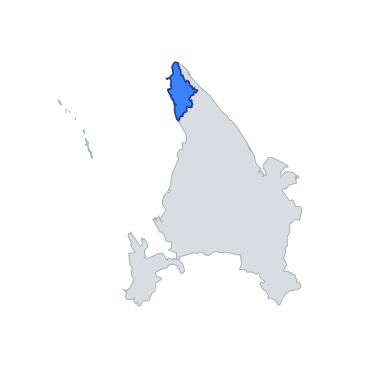 India, with Tamil Nadu highlighted, rotated 156°
{"feature_id": "IND-3263", "entity_name": "Tamil Nadu", "entity_type": "State", "adm_level": 1, "iso_a3": "IND", "parent_name": "India", "parent_adm1": "", "projection": "equal_earth", "projection_center": [78.435, 10.806], "detail": "fine", "context": "in_parent", "style": "filled", "palette": "blue", "viewbox_px": 384, "rotation_deg": 156, "n_neighbors": 0, "source": "natural_earth", "source_scale": "10m", "svg_char_len": 8963}
<svg xmlns="http://www.w3.org/2000/svg" viewBox="0 0 384 384"><g transform="rotate(156 192 192)"><path d="M88.4,161.9L92.4,160.9L92.9,157.5L100.2,158.9L105.2,156.6L106.8,158.2L109.2,156.7L106.6,144.6L103.9,144.2L102.7,142.2L103.2,136.6L98.7,134.3L99.0,130.7L105.4,122.2L108.1,125.2L115.7,122.8L119.2,115.3L123.2,112.7L126.7,104.3L129.7,102.8L130.4,99.6L135.6,94.0L134.8,92.6L135.2,86.8L140.5,83.1L139.9,81.7L136.2,80.5L136.0,78.1L133.9,78.0L133.6,76.0L131.5,74.2L132.6,71.2L131.4,69.3L133.4,67.2L131.0,66.1L131.5,64.6L130.3,63.3L131.5,60.8L133.8,59.8L143.4,62.2L149.5,60.1L157.8,53.2L159.4,53.3L159.2,55.4L161.4,61.2L165.8,64.0L164.1,66.6L164.6,71.3L166.9,74.3L167.5,80.5L165.4,81.8L163.9,79.6L161.8,80.3L164.2,85.5L164.2,91.3L166.8,90.6L169.5,94.4L174.1,96.3L174.4,98.4L180.1,102.1L175.9,106.2L173.6,114.6L186.2,123.7L192.1,125.5L192.5,127.0L196.5,128.4L202.1,127.2L205.8,129.1L206.4,131.5L210.4,134.3L212.7,133.4L214.4,135.6L230.1,137.8L231.2,134.5L229.8,130.6L230.7,122.9L233.7,121.5L235.3,122.4L235.1,126.9L236.2,128.9L235.1,130.2L238.1,133.6L242.5,134.7L246.6,132.9L249.4,134.1L258.3,133.3L258.8,129.1L255.2,126.6L255.4,124.7L261.8,123.6L266.5,116.5L270.0,115.6L275.8,110.1L281.3,112.7L285.6,108.8L288.0,110.7L286.4,112.2L286.6,113.7L288.7,112.5L289.8,115.2L287.9,118.5L290.2,118.1L295.4,120.4L295.6,123.0L292.6,126.3L294.4,130.8L291.7,128.7L287.9,129.4L280.7,135.7L281.0,141.0L277.3,147.9L278.4,150.5L274.7,161.7L268.9,159.9L269.5,168.9L268.1,169.9L268.3,177.6L266.6,179.9L265.2,178.5L264.2,180.0L261.3,163.6L259.0,163.5L257.0,170.4L255.6,168.2L254.8,169.2L253.6,164.6L254.8,159.6L258.5,158.7L260.0,156.6L260.7,152.1L262.4,151.5L259.3,149.3L247.8,149.4L243.5,148.1L243.2,141.9L242.0,139.4L241.2,141.3L239.9,141.3L237.3,137.5L236.0,139.0L232.7,136.0L233.2,137.9L230.8,142.5L237.2,148.5L233.7,149.1L230.7,154.5L235.8,157.9L234.9,163.7L236.1,167.7L237.6,168.4L238.9,183.2L237.4,182.3L236.7,183.9L235.8,178.6L235.5,183.1L233.3,182.2L232.1,183.4L232.6,178.5L230.7,176.2L232.3,178.7L230.8,181.5L224.8,184.7L223.1,187.2L224.0,192.5L222.5,196.2L219.8,199.2L218.9,198.8L218.7,200.3L214.0,202.3L213.5,200.4L211.7,201.6L211.2,203.2L213.1,202.9L208.3,207.8L203.5,216.0L190.8,227.7L190.1,233.0L186.5,235.3L183.0,235.2L180.8,240.9L178.3,239.6L175.8,241.4L174.0,247.7L175.9,263.5L174.8,261.2L174.1,262.3L176.2,264.7L171.4,285.1L172.6,286.3L172.5,295.0L168.6,295.7L165.9,302.6L166.4,304.9L169.4,306.3L166.1,305.5L162.0,307.2L160.3,309.3L159.3,314.4L155.3,317.5L151.9,315.1L148.1,309.2L146.4,303.7L145.8,298.9L147.4,302.9L146.6,299.0L142.0,284.6L136.3,272.6L132.2,253.4L129.1,247.7L128.3,241.9L127.1,241.4L124.7,234.0L121.5,212.5L122.5,208.8L122.3,207.5L121.3,209.3L121.1,208.3L121.1,206.1L122.4,206.3L121.0,205.5L120.2,200.9L121.9,192.7L120.0,185.9L120.9,185.0L120.0,185.0L123.6,182.2L119.5,182.8L120.7,180.1L119.4,180.1L119.6,178.3L121.5,177.6L117.0,177.2L117.6,179.0L115.9,181.5L117.4,184.4L115.6,188.0L108.4,192.1L104.5,191.1L93.8,177.0L94.4,175.6L96.0,177.1L102.6,174.3L104.9,169.3L98.9,172.5L95.8,171.6L91.6,168.3L90.1,164.7L92.8,162.0L88.8,164.4L88.4,161.9ZM268.0,282.9L266.5,279.5L268.4,276.0L268.6,264.7L270.1,262.9L268.9,268.9L269.8,272.9L268.9,273.9L268.0,282.9ZM276.8,325.9L276.9,330.8L275.6,328.1L276.8,325.9ZM266.5,292.7L265.5,292.7L265.4,290.7L266.5,289.2L266.5,292.7ZM273.4,318.1L273.3,319.5L273.1,318.2L273.4,318.1ZM274.5,316.1L274.2,318.0L274.3,316.0L274.5,316.1ZM275.8,324.2L275.5,325.7L275.1,325.1L275.8,324.2ZM269.0,306.5L268.3,306.6L268.7,305.8L269.0,306.5ZM267.8,283.6L267.1,284.4L267.4,283.1L267.8,283.6ZM270.1,277.9L270.4,279.3L269.6,278.2L270.1,277.9ZM271.6,315.8L271.0,315.5L271.3,314.8L271.6,315.8ZM267.8,268.8L267.5,270.3L267.6,268.7L267.8,268.8Z" fill="#d9dde1" stroke="#a8b0b8" stroke-width="1"/><path d="M172.6,290.1L172.6,292.3L172.7,292.7L172.7,294.4L172.7,295.3L172.2,295.5L172.1,295.3L171.9,295.1L171.0,294.9L170.9,295.0L171.2,295.1L171.5,295.3L171.9,295.4L172.0,295.5L171.9,295.6L170.4,295.2L170.8,294.9L170.7,294.8L170.2,294.8L170.2,295.0L169.7,295.1L169.2,295.0L168.6,295.5L168.3,295.9L168.3,296.2L168.1,296.3L168.0,296.6L168.1,297.4L168.2,297.7L168.4,297.9L168.1,298.1L167.8,298.5L167.3,299.3L167.2,299.7L167.0,300.0L166.6,300.7L166.2,301.5L166.1,301.8L165.9,302.2L165.8,302.6L165.7,303.1L165.7,303.5L165.8,304.1L166.0,304.4L166.6,305.1L166.9,305.2L167.2,305.3L168.2,305.3L168.7,305.0L168.8,305.1L168.8,305.4L168.9,305.8L169.7,306.6L169.0,306.1L168.5,305.7L167.5,305.5L167.3,305.7L166.9,305.7L166.5,305.5L166.2,305.4L166.0,305.5L165.8,305.7L165.5,305.7L165.1,305.8L164.9,305.9L164.6,306.0L164.3,306.4L163.9,306.4L163.8,306.5L163.7,306.7L163.6,306.8L162.5,307.0L162.2,307.1L161.9,307.2L160.6,308.6L160.5,308.8L160.2,309.5L160.2,310.3L160.1,310.7L160.4,310.5L160.4,310.4L160.5,310.6L160.4,310.7L160.1,310.9L160.0,311.2L159.9,311.4L159.9,311.5L159.7,311.7L159.9,312.0L159.9,312.3L159.8,313.4L159.7,313.6L159.5,313.9L159.3,314.6L158.9,314.8L157.4,316.0L157.1,316.4L157.0,316.5L156.2,316.7L155.8,316.9L155.6,317.1L155.6,317.4L155.2,317.5L154.8,317.4L153.8,317.0L153.5,316.7L153.1,316.4L152.2,315.4L152.3,315.3L152.5,315.3L152.6,315.2L152.7,314.8L153.0,314.1L152.9,313.7L153.1,313.6L153.4,313.3L153.5,313.0L153.4,312.7L152.9,312.1L152.8,311.8L152.8,311.2L153.2,310.4L153.3,309.7L153.2,309.6L152.9,309.3L152.6,308.2L153.0,307.9L153.1,307.6L153.3,307.0L153.7,305.2L153.9,304.8L154.2,303.9L154.4,303.6L154.4,303.4L154.4,303.2L154.0,302.4L153.7,302.4L153.4,302.6L153.2,302.6L152.9,302.3L153.2,300.4L153.1,299.5L153.4,298.7L153.1,297.6L153.5,296.5L153.5,296.2L153.3,295.9L153.2,295.4L153.0,294.9L152.9,294.7L152.0,295.2L151.6,295.7L151.2,296.0L150.9,295.8L150.6,295.4L150.3,295.1L150.2,294.5L150.1,294.2L150.0,293.8L150.0,293.5L150.1,293.2L150.2,292.7L150.1,291.9L150.2,291.7L150.4,291.6L150.5,291.4L150.5,290.9L150.6,290.4L150.6,290.2L150.4,290.1L150.2,289.5L149.7,289.2L149.3,289.0L149.1,288.7L149.0,288.3L149.1,287.9L149.3,287.8L149.6,287.9L149.6,287.5L149.4,286.8L149.1,286.5L149.2,286.1L149.3,285.8L148.8,286.1L148.0,286.2L147.7,286.1L147.4,286.2L147.3,285.9L147.6,285.5L148.0,285.1L148.1,284.9L147.9,284.7L147.6,284.3L147.4,284.2L147.1,283.9L146.3,283.5L145.9,283.4L145.8,282.9L145.8,282.6L145.8,282.4L145.8,282.2L146.0,282.2L146.3,282.4L146.6,282.3L146.8,281.9L147.1,281.8L147.1,281.6L147.3,281.3L147.5,281.1L147.8,281.0L148.0,281.1L148.1,281.3L148.1,281.8L148.3,281.9L148.5,281.9L149.6,281.8L150.1,282.0L150.2,281.8L150.3,281.2L150.5,280.8L150.9,280.2L151.2,280.1L151.4,280.0L151.6,280.0L152.1,280.7L152.3,280.7L152.4,280.3L152.7,280.2L153.1,280.2L153.4,280.1L153.7,280.2L154.0,280.4L154.5,280.3L154.7,280.1L154.9,279.4L155.1,279.0L155.3,278.8L156.2,278.7L156.4,278.5L156.8,277.7L157.1,277.4L157.1,277.2L156.9,276.5L156.6,276.3L156.4,276.2L155.1,276.2L155.0,275.9L154.9,275.8L154.9,275.6L155.0,275.4L155.4,275.2L155.6,274.9L156.0,274.2L156.1,273.5L156.0,273.3L155.7,273.3L155.8,273.0L155.7,272.7L155.8,272.0L156.0,271.5L156.6,271.5L157.1,271.1L157.1,270.7L157.3,270.2L157.4,269.7L157.7,269.6L158.2,269.6L158.3,269.7L158.6,270.1L158.8,270.2L159.1,269.8L159.3,269.8L159.9,270.4L160.1,270.5L160.6,270.7L160.9,271.3L161.1,271.5L161.5,271.9L161.8,271.9L162.0,271.9L162.5,271.4L162.6,270.8L162.8,270.9L163.2,270.6L163.4,269.8L163.6,269.0L163.6,268.4L163.8,268.2L164.1,268.0L164.2,267.7L165.2,267.5L165.3,267.5L165.4,267.9L165.5,267.9L165.7,267.7L165.8,267.4L166.0,267.4L166.3,267.5L166.6,267.8L166.8,267.9L167.5,267.8L167.6,267.7L168.1,266.8L168.3,266.8L168.5,267.0L169.1,266.3L169.4,266.1L169.4,265.6L169.5,265.4L169.5,265.1L169.7,264.9L170.0,264.9L170.2,265.0L170.6,265.5L171.3,265.4L171.4,265.5L171.4,265.8L171.6,266.1L172.0,266.1L172.1,265.9L171.9,265.6L171.9,265.4L172.2,265.4L172.3,265.4L172.7,265.1L173.3,264.7L173.4,264.2L173.7,263.8L174.0,263.6L174.0,263.3L173.9,263.1L174.0,263.0L174.3,263.2L174.5,263.2L174.5,263.3L174.4,263.6L174.8,263.7L175.1,263.8L175.3,263.8L175.6,263.6L175.6,263.8L175.9,264.2L176.0,264.0L176.2,264.8L176.1,265.9L176.0,266.2L176.1,266.3L175.9,266.8L176.0,267.2L175.8,267.6L175.7,268.7L175.6,269.9L175.5,270.7L175.4,271.2L175.4,271.5L175.1,272.1L175.0,272.9L174.8,273.5L174.4,274.6L174.1,274.9L173.9,275.5L173.7,275.7L173.3,276.0L173.7,275.8L173.1,277.0L172.9,277.6L172.7,277.9L172.7,278.0L172.7,278.5L172.4,278.8L172.1,279.1L171.9,278.9L172.0,278.6L171.6,278.5L171.4,278.2L171.3,278.4L171.2,278.5L171.4,278.7L171.4,279.0L171.5,279.1L171.5,279.3L171.5,279.6L171.7,279.9L172.3,279.9L172.2,280.3L172.1,280.5L171.9,282.5L171.9,282.9L172.1,283.6L172.1,284.0L172.2,283.9L172.2,283.7L172.3,283.7L172.3,283.8L172.4,284.3L172.0,284.4L171.8,284.5L171.4,285.1L171.3,285.3L171.4,285.2L171.9,284.8L171.9,284.6L172.0,284.6L172.4,284.8L172.5,285.6L172.6,286.6L172.6,288.2L172.6,288.4L172.3,288.4L172.1,288.5L171.8,288.4L171.7,288.4L171.7,288.5L171.8,288.5L171.8,288.8L171.7,288.8L171.6,288.7L171.5,288.8L171.5,289.0L171.8,289.3L172.0,289.3L172.0,289.5L172.2,289.8L172.3,290.0L172.6,290.1ZM175.8,263.1L175.9,263.5L176.0,263.9L175.9,263.9L175.7,263.2L175.8,263.1Z" fill="#3b82f6" stroke="#1e3a8a" stroke-width="1.5"/></g></svg>